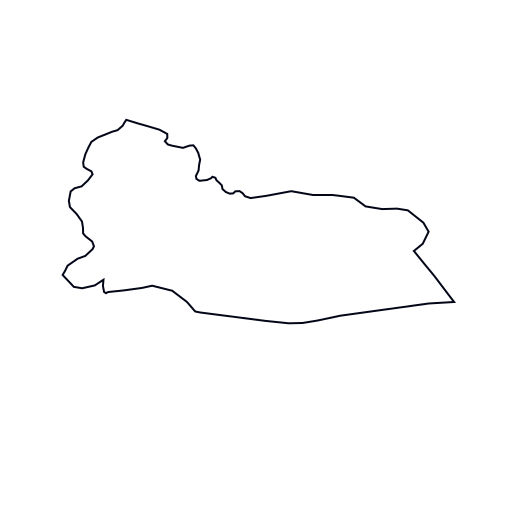 Al Firdous, Eastern Darfur, Sudan, rotated 296°
{"feature_id": "16777658B1174782743239", "entity_name": "Al Firdous", "entity_type": "district", "adm_level": 2, "iso_a3": "SDN", "parent_name": "Sudan", "parent_adm1": "Eastern Darfur", "projection": "natural_earth1", "projection_center": [25.904, 10.88], "detail": "fine", "context": "isolated", "style": "outline", "palette": "ink", "viewbox_px": 512, "rotation_deg": 296, "n_neighbors": 0, "source": "geoboundaries", "source_scale": "gbopen_adm2", "svg_char_len": 1851}
<svg xmlns="http://www.w3.org/2000/svg" viewBox="0 0 512 512"><g transform="rotate(296 256 256)"><path d="M321.5,79.7L317.6,79.2L314.7,79.1L308.4,76.4L304.8,72.4L293.1,61.8L286.4,58.0L280.3,57.8L272.7,58.0L264.4,59.6L260.7,62.0L260.1,65.8L259.9,71.0L257.8,73.3L250.3,71.8L242.1,68.7L237.4,63.3L232.8,61.1L223.6,63.6L218.4,67.3L215.1,76.4L210.7,84.5L205.4,88.2L200.5,90.7L199.0,94.1L197.2,102.4L193.7,106.1L190.5,106.1L181.2,102.5L175.3,96.8L164.7,90.9L158.8,90.9L154.2,90.5L148.4,105.8L150.8,113.9L158.9,124.0L167.8,129.3L161.9,131.6L157.1,135.2L157.0,136.0L156.8,137.5L158.4,138.5L158.6,138.7L159.5,140.1L160.2,141.1L164.7,148.4L167.8,153.3L169.1,155.2L177.3,167.5L181.8,173.2L183.4,175.2L183.8,175.8L184.5,179.1L186.0,186.2L187.7,194.3L188.1,195.9L187.7,197.7L185.6,208.2L185.4,209.2L185.0,211.5L184.7,212.7L184.4,214.2L180.8,222.6L180.4,223.5L179.5,225.7L180.8,230.7L201.8,292.9L207.6,308.7L209.8,314.8L216.2,327.2L224.9,339.5L239.2,357.8L289.0,432.0L301.5,454.2L306.3,444.6L316.2,425.1L322.7,410.8L329.6,396.0L329.7,395.7L340.1,400.5L352.7,400.5L353.5,400.5L359.3,391.9L363.6,372.5L360.4,362.0L353.5,348.9L351.7,343.0L348.6,332.7L351.3,318.4L345.9,302.4L344.3,297.9L344.1,297.4L335.8,280.5L335.0,277.6L333.1,271.1L331.8,266.5L329.7,259.3L328.4,257.5L314.6,238.9L308.5,229.9L305.6,225.6L305.5,224.3L305.0,220.9L304.9,219.9L306.4,216.8L306.6,216.3L307.1,212.8L305.1,209.1L302.2,208.0L300.5,204.9L300.3,200.7L301.5,196.5L304.5,194.3L305.6,191.2L306.8,187.2L308.5,185.2L308.1,182.1L306.2,181.5L302.8,178.6L298.8,172.2L299.2,168.7L301.5,166.9L306.9,166.9L307.7,166.9L313.0,164.9L318.1,163.6L322.5,159.6L323.1,159.2L326.4,154.7L328.0,151.2L326.1,147.9L321.2,143.0L318.3,132.0L317.6,127.8L319.2,123.8L322.7,124.5L322.9,124.4L323.4,124.5L326.8,122.7L327.2,113.9L325.3,102.4L323.4,91.8L321.5,79.7Z" fill="none" stroke="#020617" stroke-width="2"/></g></svg>